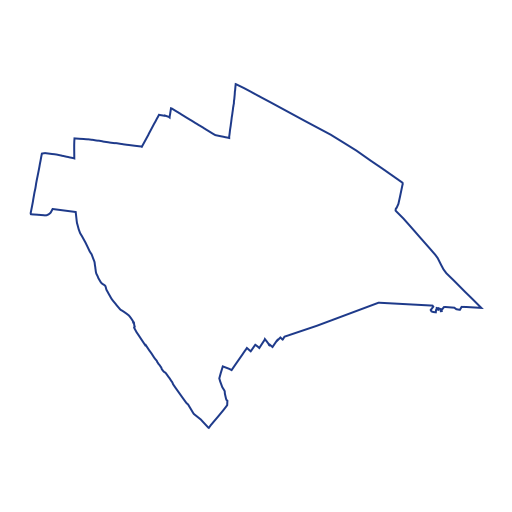 outline of Iztapalapa, Distrito Federal, Mexico
{"feature_id": "50627088B81383343299942", "entity_name": "Iztapalapa", "entity_type": "district", "adm_level": 2, "iso_a3": "MEX", "parent_name": "Mexico", "parent_adm1": "Distrito Federal", "projection": "natural_earth1", "projection_center": [-99.063, 19.343], "detail": "fine", "context": "isolated", "style": "outline", "palette": "blue", "viewbox_px": 512, "rotation_deg": 0, "n_neighbors": 0, "source": "geoboundaries", "source_scale": "gbopen_adm2", "svg_char_len": 5946}
<svg xmlns="http://www.w3.org/2000/svg" viewBox="0 0 512 512"><path d="M41.8,154.0L41.2,157.0L40.7,159.8L40.5,160.9L39.9,163.9L39.4,166.8L38.7,170.5L38.2,173.0L37.5,176.5L36.9,179.4L36.1,183.6L35.9,185.1L35.6,187.0L35.3,188.7L34.5,192.3L33.2,199.7L32.9,201.7L32.0,206.4L31.3,209.9L30.7,212.9L30.7,213.5L30.9,214.2L32.4,214.4L37.3,214.7L38.1,214.8L39.9,214.9L40.7,215.0L43.6,215.2L44.1,215.3L44.5,215.3L45.6,215.3L46.3,215.3L46.8,215.2L47.8,214.7L48.2,214.6L48.8,214.2L49.6,213.6L49.8,213.4L50.2,213.1L50.8,212.4L51.1,211.8L52.0,210.2L52.1,209.9L52.6,209.0L75.7,212.0L76.7,221.0L77.0,223.1L77.5,224.8L78.7,229.3L80.1,233.1L81.1,234.8L81.8,235.9L85.5,242.6L87.2,246.1L88.1,248.0L89.7,251.4L90.2,252.2L90.5,252.7L91.4,254.0L91.6,254.3L91.8,254.8L92.8,257.5L92.9,257.8L94.4,261.6L94.5,262.1L94.6,262.4L94.6,262.7L94.7,263.2L94.9,265.0L95.3,267.4L95.4,268.5L95.6,269.7L95.6,270.0L95.7,270.5L95.8,271.5L96.0,272.4L96.3,273.6L96.7,274.4L97.7,276.4L98.4,278.2L100.4,281.6L100.9,282.4L101.7,283.3L102.6,284.0L104.4,285.1L105.0,285.6L105.4,286.1L105.5,286.5L105.8,287.3L106.2,289.0L106.5,289.8L106.7,290.3L107.5,291.6L108.4,293.3L111.0,297.9L111.8,299.2L113.1,300.9L115.7,304.0L116.5,305.1L120.0,309.2L120.4,309.6L120.9,310.0L121.3,310.2L122.2,310.7L123.9,311.8L124.9,312.5L126.6,313.7L127.9,314.7L128.8,315.4L129.9,316.7L131.0,318.2L132.6,320.6L132.9,321.1L133.1,321.9L133.2,322.5L133.9,322.5L134.2,324.9L134.7,326.7L134.3,327.0L134.1,327.4L134.2,327.8L134.3,328.0L134.8,329.0L135.3,329.9L136.6,332.3L137.3,333.3L139.0,335.8L141.3,339.3L143.5,342.6L145.3,345.3L145.7,345.0L148.0,348.5L149.4,350.6L150.1,351.5L150.3,351.8L151.6,353.6L153.9,357.2L154.6,358.2L155.3,359.1L156.6,360.6L157.0,361.3L157.3,362.1L157.9,362.9L158.4,363.8L159.5,365.0L159.9,365.6L160.0,365.7L160.6,366.7L161.2,367.4L161.9,369.4L162.4,369.9L163.1,370.9L164.2,372.0L165.3,372.6L165.6,372.9L166.3,373.8L167.6,375.6L168.2,376.5L168.9,377.4L169.6,378.3L170.8,380.2L171.4,381.1L172.1,382.0L172.6,383.0L173.1,384.3L175.3,387.5L180.2,394.4L181.2,395.8L181.9,396.8L184.5,400.4L186.1,402.6L186.8,403.4L187.8,404.2L188.1,404.5L191.4,410.0L193.0,412.7L193.8,413.9L194.9,414.8L200.3,419.1L200.7,419.4L202.8,421.7L208.3,427.6L208.8,427.9L210.9,425.0L212.3,423.4L213.6,421.8L217.9,416.8L220.6,413.5L222.7,411.0L224.2,409.1L227.1,405.3L227.2,405.1L227.3,402.4L227.4,400.8L226.4,399.8L226.0,398.6L225.0,394.2L224.8,393.0L224.8,392.7L224.7,391.3L224.3,390.4L222.3,387.2L220.2,381.5L219.3,378.4L220.0,375.8L220.8,372.9L222.8,366.4L229.1,368.8L230.1,369.3L231.6,370.1L235.3,364.7L242.7,354.1L243.4,353.0L244.1,352.0L244.7,351.1L245.9,349.5L246.9,348.0L250.7,351.3L251.3,350.5L254.2,346.3L255.3,344.8L255.6,345.0L258.0,346.8L259.3,348.0L261.1,345.2L264.7,339.7L264.9,339.1L265.7,340.1L266.1,340.7L266.6,341.2L266.9,341.6L267.3,342.2L268.3,343.5L269.1,345.1L269.4,345.3L269.8,344.7L272.5,347.0L276.6,341.0L277.1,340.4L277.2,340.7L280.4,337.5L282.6,339.6L282.8,339.5L283.2,338.8L284.0,337.5L284.4,336.8L284.7,336.6L316.8,325.8L378.6,302.7L432.5,305.6L433.3,306.7L430.7,310.0L431.5,311.4L431.7,311.5L432.9,311.9L433.9,312.1L435.8,312.3L436.0,310.2L436.4,310.1L436.7,308.0L437.4,308.2L437.1,309.0L438.5,309.7L438.7,308.3L440.8,309.2L440.9,311.2L441.7,311.1L441.5,309.2L442.3,309.2L443.9,307.1L445.5,307.0L454.3,307.7L456.3,309.2L459.0,309.7L459.9,309.8L461.6,306.9L466.5,307.0L481.3,307.9L472.4,299.0L465.0,291.8L455.9,282.6L453.2,279.9L450.3,277.1L446.4,273.3L443.5,269.4L441.1,264.9L437.7,258.1L435.2,254.7L428.4,246.9L420.9,238.4L411.9,228.1L403.4,218.5L397.7,212.8L396.3,211.4L395.6,210.6L395.7,209.3L395.9,208.5L396.6,207.9L398.4,203.9L399.9,197.2L402.4,185.2L402.7,184.2L402.6,182.9L402.2,182.5L381.8,168.2L371.3,161.1L356.4,150.6L344.0,142.9L332.8,136.0L330.9,134.8L304.6,120.8L277.5,106.1L270.3,102.2L262.0,97.8L255.1,94.1L249.1,90.8L244.0,88.1L236.0,84.2L235.7,84.1L235.4,86.9L235.1,90.4L234.9,91.3L234.9,91.5L234.7,94.7L234.4,97.8L234.3,99.0L234.0,100.8L233.9,102.5L233.9,103.3L233.6,104.8L233.4,105.9L233.4,106.3L233.2,107.0L232.8,110.3L232.7,111.0L232.5,112.3L232.3,113.9L232.0,115.9L231.8,117.0L231.3,121.0L231.2,121.9L230.9,123.9L230.7,125.6L230.0,130.1L229.7,132.8L229.4,135.2L229.3,135.8L229.2,136.3L229.2,138.0L227.5,137.6L225.3,137.2L223.2,136.7L222.1,136.5L221.0,136.3L216.7,135.4L215.3,135.1L214.4,134.6L212.2,133.3L207.5,130.4L206.3,129.7L205.1,128.9L203.9,128.2L202.8,127.4L201.9,126.9L200.9,126.3L199.9,125.7L198.6,125.0L197.4,124.2L196.4,123.6L195.3,123.0L194.1,122.2L191.4,120.5L190.3,119.9L188.0,118.5L186.5,117.6L185.2,116.8L184.1,116.1L181.3,114.4L180.0,113.5L179.4,113.2L178.8,112.8L178.5,112.6L177.7,112.1L176.6,111.5L176.3,111.3L175.8,111.0L173.2,109.4L172.1,108.7L171.9,108.6L171.0,108.3L170.7,110.3L170.3,112.7L170.1,114.1L169.7,116.2L169.6,117.5L168.8,116.9L165.1,115.6L164.7,115.5L164.6,115.8L164.1,115.7L163.9,115.7L162.3,115.4L160.4,115.1L159.0,114.8L157.7,117.3L157.2,118.1L156.3,119.8L155.5,121.4L154.8,122.6L154.1,123.8L153.1,125.7L152.1,127.6L150.4,130.8L150.2,131.2L148.9,133.6L148.7,134.0L148.5,134.6L148.1,135.3L141.8,146.8L141.0,146.4L140.2,146.4L137.7,146.1L136.9,146.0L135.1,145.8L128.9,145.0L128.1,144.9L127.7,144.9L123.3,144.3L122.4,144.1L121.5,144.0L120.2,143.8L116.7,143.2L115.6,143.1L115.1,143.1L114.4,143.1L114.0,143.1L112.4,142.9L112.2,142.9L111.6,142.8L110.8,142.7L109.4,142.5L108.5,142.3L103.4,141.6L103.0,141.5L101.9,141.2L99.0,140.7L98.7,140.7L98.0,140.7L97.3,140.6L96.3,140.5L94.6,140.2L93.7,140.0L93.1,139.9L92.9,139.9L92.5,139.8L91.8,139.8L91.1,139.7L90.4,139.6L89.5,139.5L89.0,139.4L88.4,139.3L87.3,139.3L85.5,139.2L83.7,139.0L79.7,138.8L78.5,138.7L74.5,138.4L74.3,141.2L74.2,144.8L74.2,145.3L74.2,148.9L74.3,158.4L74.0,158.3L72.7,158.0L71.8,157.8L69.6,157.4L68.1,157.0L67.0,156.8L65.9,156.6L65.2,156.4L64.6,156.3L63.9,156.1L63.6,156.0L62.0,155.8L61.6,155.6L59.6,155.2L57.8,154.8L56.9,154.6L56.3,154.5L53.5,154.1L52.9,154.1L52.0,154.0L50.5,153.8L45.1,153.1L42.9,153.4L41.9,153.6L41.8,154.0Z" fill="none" stroke="#1e3a8a" stroke-width="2"/></svg>